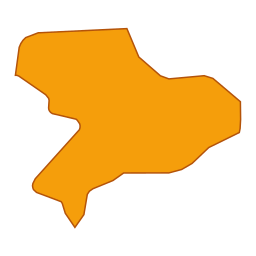 the London Borough of Hackney
{"feature_id": "GBR-2765", "entity_name": "Hackney", "entity_type": "London Borough", "adm_level": 1, "iso_a3": "GBR", "parent_name": "United Kingdom", "parent_adm1": "", "projection": "natural_earth1", "projection_center": [-0.066, 51.545], "detail": "fine", "context": "isolated", "style": "filled", "palette": "amber", "viewbox_px": 256, "rotation_deg": 0, "n_neighbors": 0, "source": "natural_earth", "source_scale": "10m", "svg_char_len": 715}
<svg xmlns="http://www.w3.org/2000/svg" viewBox="0 0 256 256"><path d="M33.5,189.6L32.9,188.0L32.5,185.8L32.9,183.5L35.3,178.7L79.4,129.7L80.0,127.7L80.1,125.7L79.7,123.8L77.4,120.4L76.1,119.2L52.4,113.6L50.6,112.4L49.3,110.7L48.8,109.4L48.6,107.9L49.1,100.3L48.6,98.3L45.7,94.7L18.7,76.0L16.7,75.3L15.4,75.3L19.2,47.3L20.8,43.6L23.0,40.3L25.7,37.6L38.2,32.8L126.9,28.6L138.8,57.0L160.4,75.8L168.9,78.9L204.2,75.7L212.9,78.4L240.4,101.7L240.6,119.5L240.1,128.5L239.3,132.5L208.8,147.5L192.1,163.4L181.6,169.5L168.9,172.9L123.6,173.0L113.0,180.5L93.0,188.7L89.4,191.2L87.3,194.4L83.9,214.6L74.9,227.4L65.3,213.3L62.3,203.5L61.2,201.7L36.5,192.4L33.5,189.6Z" fill="#f59e0b" stroke="#b45309" stroke-width="1.5"/></svg>